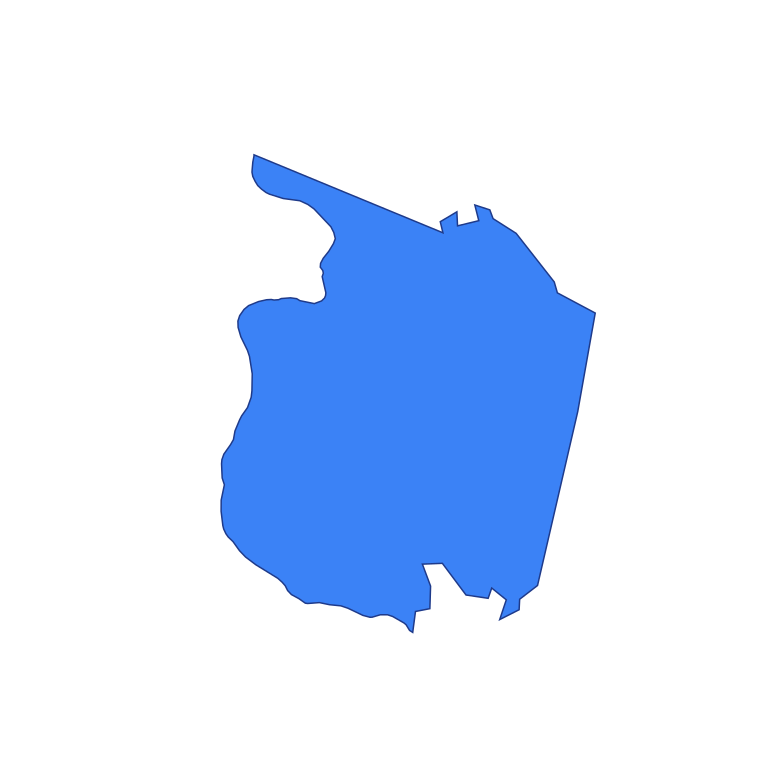 Union, Kentucky, United States of America (Robinson projection), rotated 326°
{"feature_id": "52423323B17391793858856", "entity_name": "Union", "entity_type": "district", "adm_level": 2, "iso_a3": "USA", "parent_name": "United States of America", "parent_adm1": "Kentucky", "projection": "robinson", "projection_center": [-88.002, 37.687], "detail": "fine", "context": "isolated", "style": "filled", "palette": "blue", "viewbox_px": 768, "rotation_deg": 326, "n_neighbors": 0, "source": "geoboundaries", "source_scale": "gbopen_adm2", "svg_char_len": 1623}
<svg xmlns="http://www.w3.org/2000/svg" viewBox="0 0 768 768"><g transform="rotate(326 384 384)"><path d="M268.9,606.0L282.9,590.2L296.4,595.9L309.6,577.6L315.1,554.8L332.1,565.3L334.0,604.8L350.5,619.9L359.2,613.4L364.7,631.3L348.2,644.0L369.8,646.7L376.1,638.3L398.6,636.9L529.1,515.3L598.8,443.3L578.7,405.4L582.2,394.6L577.8,333.0L566.9,307.9L569.1,298.8L559.4,286.4L553.9,301.6L533.4,294.0L540.7,282.0L521.4,280.9L517.4,291.6L404.4,121.3L403.7,122.3L399.3,126.7L394.6,132.5L393.0,134.6L391.3,138.5L390.5,143.8L390.3,148.9L391.4,153.9L393.3,159.3L395.2,162.6L404.2,173.9L416.7,185.0L421.3,192.6L423.9,199.7L427.9,223.9L427.1,230.3L424.9,236.3L420.5,239.4L412.4,243.1L403.9,245.8L398.9,248.5L396.5,251.5L396.7,255.7L395.6,258.3L392.8,260.4L386.8,275.9L384.9,278.1L382.7,279.5L378.7,280.2L371.2,278.4L360.9,267.9L359.3,264.4L354.7,260.3L346.6,255.7L343.8,255.2L339.8,252.9L337.8,250.9L333.8,248.5L326.1,245.5L315.6,243.3L309.7,243.9L302.6,246.6L298.1,250.1L294.7,255.5L291.7,264.9L289.6,279.8L287.9,285.9L280.5,301.8L270.7,315.8L266.5,320.7L257.7,327.2L248.2,330.8L244.2,333.0L234.2,339.6L228.1,345.9L222.8,348.5L212.0,352.6L207.3,356.1L204.7,359.3L197.3,371.4L195.3,378.3L184.1,389.2L177.8,398.4L171.2,411.3L170.0,414.6L169.2,419.8L169.3,423.8L170.7,430.2L171.0,441.4L172.5,450.1L176.7,462.3L187.3,485.7L188.7,491.3L189.3,496.0L188.6,501.4L189.5,506.8L193.4,514.3L196.2,521.7L198.0,523.3L208.2,529.1L215.4,536.5L224.2,543.8L228.7,549.7L237.1,564.0L241.9,569.5L243.8,570.7L252.0,573.3L257.9,577.3L261.2,581.6L266.9,593.2L267.7,595.9L267.4,602.6L268.9,606.0Z" fill="#3b82f6" stroke="#1e3a8a" stroke-width="1.5"/></g></svg>